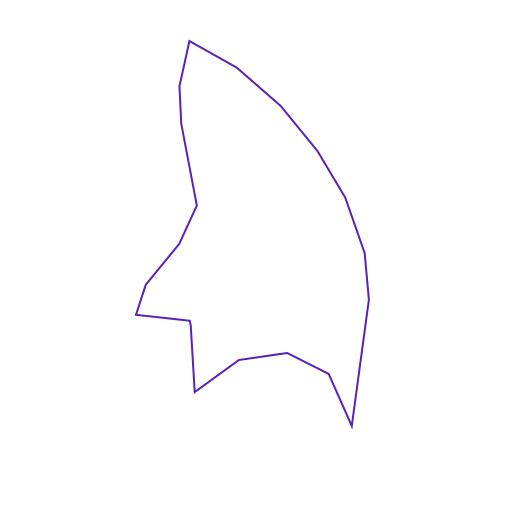 an SVG outline of Kermadec Islands, rotated 33°
{"feature_id": "NZL-5471", "entity_name": "Kermadec Islands", "entity_type": "state/province", "adm_level": 1, "iso_a3": "NZL", "parent_name": "New Zealand", "parent_adm1": "", "projection": "equal_earth", "projection_center": [-177.908, -29.257], "detail": "fine", "context": "isolated", "style": "outline", "palette": "violet", "viewbox_px": 512, "rotation_deg": 33, "n_neighbors": 0, "source": "natural_earth", "source_scale": "10m", "svg_char_len": 415}
<svg xmlns="http://www.w3.org/2000/svg" viewBox="0 0 512 512"><g transform="rotate(33 256 256)"><path d="M235.7,346.4L187.4,370.7L179.2,340.2L185.0,287.6L178.9,245.9L121.3,185.8L99.4,155.4L83.1,112.0L137.3,108.5L194.9,116.7L250.4,134.5L299.0,158.4L345.5,194.3L374.5,231.2L428.9,346.4L381.2,315.3L334.9,320.4L298.3,352.5L278.7,403.5L239.1,349.8L235.7,346.4Z" fill="none" stroke="#5b21b6" stroke-width="2"/></g></svg>